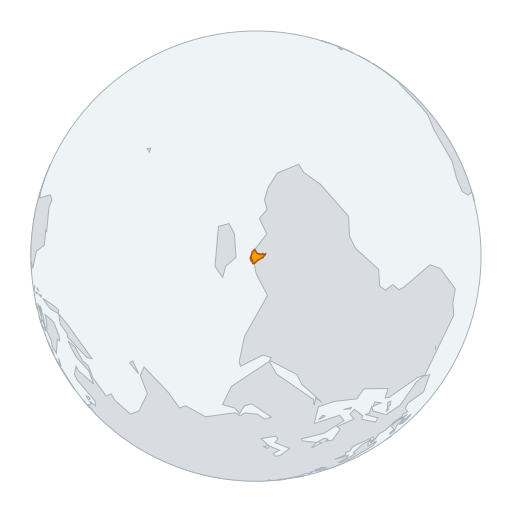 Nampula highlighted on a globe, orthographic projection, rotated 164°
{"feature_id": "MOZ-1200", "entity_name": "Nampula", "entity_type": "Province", "adm_level": 1, "iso_a3": "MOZ", "parent_name": "Mozambique", "parent_adm1": "", "projection": "orthographic", "projection_center": [39.254, -15.162], "detail": "fine", "context": "on_globe", "style": "filled", "palette": "amber", "viewbox_px": 512, "rotation_deg": 164, "n_neighbors": 0, "source": "natural_earth", "source_scale": "10m", "svg_char_len": 8730}
<svg xmlns="http://www.w3.org/2000/svg" viewBox="0 0 512 512"><g transform="rotate(164 256 256)"><circle cx="256" cy="256" r="225" fill="#eef3f6" stroke="#a8b0b8"/><path d="M30.9,247.4L30.8,248.6L30.7,254.8L30.9,247.4ZM30.7,255.1L30.9,254.7L30.9,258.5L35.0,255.9L39.9,261.0L41.7,274.3L41.4,293.1L50.1,327.9L51.9,344.6L58.5,358.7L70.4,381.4L70.7,383.8L76.9,391.5L82.2,398.8L84.1,401.6L89.8,408.0L90.9,409.3L79.9,396.5L69.8,382.8L60.8,368.5L52.9,353.5L46.1,337.9L40.6,321.9L36.2,305.5L33.1,288.9L31.3,272.0L30.7,255.1ZM92.2,410.7L94.1,412.6L102.4,420.8L92.2,410.7ZM105.9,424.0L110.9,428.3L120.7,436.1L124.7,438.9L125.5,439.6L128.4,441.6L131.3,443.6L131.0,443.4L118.1,434.1L105.9,424.0ZM131.9,444.0L132.1,444.1L125.9,439.8L129.9,441.9L134.6,445.4L132.5,444.4L131.9,444.0ZM119.1,433.6L115.8,430.2L117.0,430.8L119.5,433.2L119.1,433.6ZM294.2,34.0L294.7,34.1L302.9,35.9L304.0,36.8L305.8,37.2L305.9,36.6L295.9,34.3L295.5,34.2L299.6,35.0L299.9,35.0L299.6,35.0L315.6,38.7L331.2,43.7L346.5,49.7L361.3,56.8L375.5,65.0L389.0,74.2L401.9,84.4L414.0,95.4L425.3,107.3L435.6,120.0L445.0,133.5L453.5,147.5L458.1,159.2L454.9,159.3L456.0,162.6L451.7,156.2L450.6,160.5L462.0,186.0L463.2,192.2L459.3,199.7L458.4,194.8L447.4,177.7L448.5,192.0L457.0,209.1L460.1,226.2L454.9,218.0L451.5,203.0L447.5,196.5L446.3,183.6L438.6,162.7L433.2,163.4L431.4,156.0L420.1,138.5L411.1,139.4L398.3,153.7L400.2,172.9L394.2,180.1L378.0,149.3L371.4,131.0L365.1,131.4L348.7,115.3L319.2,111.1L315.4,106.7L309.8,108.2L298.3,103.5L292.7,96.8L285.6,96.9L300.7,115.0L308.4,115.1L315.4,108.9L318.1,115.5L329.2,122.4L315.4,137.5L272.2,151.1L268.8,136.9L240.0,101.9L241.3,98.2L241.2,97.8L240.9,97.1L237.5,103.1L232.8,97.0L247.3,120.0L249.4,130.8L271.6,151.9L269.3,154.2L276.7,158.9L301.3,154.3L301.2,159.2L289.2,181.9L255.8,215.0L260.7,238.7L259.2,259.7L239.5,274.3L242.4,291.2L232.4,297.7L232.5,307.6L225.2,318.7L212.5,329.9L189.6,332.4L187.2,323.3L174.3,307.1L156.0,268.4L160.7,249.4L158.3,236.0L141.8,209.4L145.4,193.1L141.2,187.4L132.5,190.8L127.8,184.2L122.6,185.2L91.1,199.6L82.3,193.2L73.5,169.6L79.7,156.6L82.2,144.6L126.3,95.2L134.2,94.6L167.2,83.4L171.0,83.9L165.5,92.2L188.9,98.6L198.4,90.9L221.3,94.7L237.6,93.8L246.2,79.0L219.6,79.9L216.6,73.5L239.3,66.9L262.8,67.7L262.4,65.4L248.9,60.1L255.6,56.3L244.3,58.3L247.9,60.4L240.9,62.0L237.2,60.2L239.8,58.7L233.1,58.0L222.7,66.4L225.2,69.5L206.8,72.4L209.2,78.2L203.7,81.5L197.6,73.2L199.3,69.9L186.8,63.4L183.4,66.9L194.9,73.6L190.7,73.5L186.2,79.5L186.3,74.8L174.6,67.6L158.9,72.7L136.5,90.7L127.9,94.4L121.7,94.1L132.4,79.2L150.5,72.7L154.5,68.4L153.0,64.6L158.6,63.3L160.2,61.3L167.3,59.3L179.3,53.0L186.8,51.2L193.5,45.9L198.3,44.5L192.9,47.8L193.2,49.6L212.1,46.8L216.3,45.5L219.2,42.6L224.0,42.6L224.4,40.2L236.2,38.7L222.1,38.9L225.1,36.6L233.3,34.7L231.8,34.2L218.4,37.6L215.3,39.0L216.7,40.0L206.2,45.4L199.2,47.1L200.7,42.5L191.0,44.8L196.4,41.2L229.3,32.8L242.0,31.5L258.7,32.6L254.6,33.4L246.6,33.2L252.1,34.9L252.6,34.0L256.6,34.4L260.5,33.1L263.5,33.4L262.0,32.1L266.2,32.4L267.0,33.2L276.3,32.6L285.5,33.6L286.1,33.4L284.2,33.0L297.1,35.1L297.0,34.9L292.7,34.1L289.7,33.4L289.6,33.2L294.2,34.0ZM109.5,116.5L107.9,120.1L109.5,116.5ZM286.8,77.4L301.4,79.1L296.2,70.4L301.4,70.6L297.7,67.8L295.8,69.8L287.0,62.8L293.8,61.3L292.7,58.2L287.8,57.6L276.7,61.7L289.2,71.4L285.3,74.4L286.8,77.4ZM162.1,54.6L163.8,54.7L160.0,57.1L150.5,61.3L155.9,57.5L162.1,54.6ZM167.0,54.5L171.1,49.8L177.1,47.6L173.1,49.5L176.7,48.5L171.0,51.4L172.8,54.7L169.6,57.2L153.9,62.4L160.8,59.0L158.7,58.8L167.0,54.5ZM181.6,43.4L180.5,43.8L174.7,45.9L181.6,43.4ZM176.4,80.3L179.6,80.1L184.8,79.1L182.0,83.1L176.4,80.3ZM168.1,75.4L171.1,74.4L169.8,78.9L166.5,79.4L168.1,75.4ZM174.0,70.3L171.4,74.0L170.8,72.3L174.0,70.3ZM195.8,47.0L199.2,46.2L199.1,46.8L196.7,48.1L195.8,47.0ZM241.1,81.5L235.7,84.4L233.5,83.1L235.8,82.3L241.1,81.5ZM206.9,83.0L214.2,84.3L206.1,84.1L206.9,83.0ZM329.7,385.3L331.1,389.2L327.6,388.9L329.7,385.3ZM298.3,257.3L283.9,294.8L273.0,294.6L270.6,283.2L275.6,260.4L288.0,254.4L294.0,244.6L298.3,257.3ZM474.6,281.7L475.5,285.1L475.2,286.0L474.6,281.7ZM473.8,275.7L475.2,278.7L473.2,277.5L473.8,275.7ZM475.7,279.9L477.0,280.6L477.7,280.2L477.3,282.1L475.7,279.9ZM472.7,274.0L464.4,264.5L460.5,258.2L462.0,255.2L468.3,261.9L472.7,274.0ZM461.6,254.9L454.9,239.1L442.0,202.5L446.7,205.2L459.5,230.3L458.8,233.0L462.9,244.5L461.6,254.9ZM475.7,248.7L474.9,257.9L470.8,251.8L468.7,247.9L467.3,234.0L468.1,228.6L470.0,230.7L474.6,217.5L476.8,225.2L476.1,231.6L477.7,242.1L475.7,248.7ZM401.3,175.0L406.9,188.2L403.3,189.2L401.3,175.0ZM474.4,206.5L473.9,212.2L473.7,203.4L474.4,206.5ZM472.9,197.5L474.0,202.0L472.4,196.5L472.9,197.5ZM457.9,168.3L456.0,167.3L454.9,164.3L456.7,163.8L457.9,168.3ZM457.8,155.9L461.6,164.1L462.6,166.6L459.9,160.5L457.8,155.9ZM275.9,31.6L275.0,31.6L279.3,32.3L270.7,31.4L271.9,31.3L275.9,31.6ZM428.7,400.6L430.0,399.1L439.6,386.4L438.3,387.9L443.0,381.5L439.5,386.0L445.0,377.5L448.0,371.4L436.9,371.5L436.6,366.2L441.4,360.3L450.5,337.2L451.1,338.6L456.6,324.6L465.8,321.1L473.9,305.9L473.6,312.5L476.7,301.2L472.9,316.7L468.1,331.9L462.2,346.7L455.3,361.0L447.4,374.8L438.5,388.1L428.7,400.6ZM476.6,288.8L478.5,284.5L478.7,285.8L476.6,288.8ZM480.8,265.6L480.6,267.9L480.6,264.7L480.8,265.6ZM480.8,271.4L480.8,267.5L481.0,265.6L480.8,270.8L480.8,271.4ZM478.5,245.8L478.8,252.8L480.1,252.3L479.1,255.3L479.3,267.5L478.7,270.6L478.7,257.5L477.6,268.0L477.0,266.3L477.3,255.9L478.2,245.8L478.8,242.5L480.7,246.5L478.5,245.8ZM481.2,258.2L481.1,250.3L481.1,246.4L481.2,251.1L481.2,258.2ZM479.7,230.9L478.1,220.6L477.7,221.3L477.5,215.2L479.3,226.0L479.7,230.9ZM476.7,211.9L476.5,212.4L476.1,208.4L476.7,211.9ZM475.8,209.3L474.6,203.8L475.4,206.2L475.8,209.3ZM477.1,213.2L475.4,204.8L476.7,210.8L477.1,213.2ZM471.5,191.6L475.0,203.6L472.2,195.3L467.3,178.7L468.1,180.3L471.5,191.6Z" fill="#d9dde1" stroke="#a8b0b8" stroke-width="1"/><path d="M260.9,249.5L261.0,249.7L261.1,249.8L260.9,250.0L261.0,250.3L261.1,250.9L261.2,251.0L261.3,251.2L261.3,251.3L261.3,251.5L261.1,251.8L261.2,252.0L260.9,252.1L261.0,252.2L261.0,252.3L261.1,252.5L261.2,252.4L261.3,252.2L261.5,252.2L261.6,252.3L261.6,252.5L261.6,252.8L261.4,252.9L261.3,253.2L261.2,253.2L261.2,253.3L261.3,253.3L261.2,253.4L261.3,253.4L261.2,253.6L261.3,253.6L261.5,253.2L261.8,253.0L262.0,253.2L262.0,253.3L261.8,253.5L261.7,253.5L261.8,253.6L262.0,253.5L261.9,253.9L262.0,254.0L262.0,254.5L261.8,254.7L261.6,254.9L261.5,255.0L261.4,255.0L261.3,254.8L261.3,255.0L261.6,255.1L261.8,255.3L261.7,255.3L261.4,255.3L261.4,255.5L261.5,255.7L261.4,255.7L261.2,255.8L260.9,255.8L260.8,256.0L261.0,256.1L261.3,256.1L261.4,256.3L261.4,256.5L261.2,256.7L261.2,256.8L261.1,257.0L261.0,257.3L260.8,257.5L260.7,257.4L260.7,257.5L260.4,257.8L260.2,258.2L259.4,259.0L259.2,259.2L259.1,259.3L259.3,259.2L259.3,259.3L259.2,259.6L258.9,260.0L258.7,260.2L258.4,260.2L258.3,260.3L258.1,260.4L258.0,260.5L258.1,260.8L258.3,261.0L258.1,261.1L257.9,261.0L257.8,261.3L257.7,261.3L257.4,261.5L257.2,261.7L257.1,261.8L256.4,262.1L255.8,262.5L255.7,262.7L255.4,262.4L255.3,262.2L255.2,261.9L255.0,261.7L255.1,261.4L255.2,261.1L255.1,260.9L255.0,260.7L254.9,260.5L254.8,260.4L254.7,260.1L254.7,259.9L254.8,259.8L254.8,259.7L254.7,259.5L254.6,259.4L254.5,259.2L254.4,259.0L254.4,258.9L254.3,258.6L254.2,258.5L254.2,258.4L254.0,258.2L253.9,258.2L253.6,258.0L253.4,257.9L253.3,257.7L253.2,257.6L252.9,257.5L252.9,257.4L252.7,257.3L252.7,257.2L252.3,257.2L252.1,257.2L251.9,257.0L251.9,256.9L251.8,256.7L251.7,256.7L251.3,256.5L251.2,256.5L251.1,256.3L250.9,256.3L250.7,256.1L250.4,256.2L250.2,256.3L249.9,256.3L249.8,256.2L249.6,256.1L249.5,255.9L249.4,255.9L249.3,256.0L249.2,256.1L248.9,256.3L248.9,256.2L248.7,256.1L248.6,255.8L248.5,255.7L248.4,255.6L248.3,255.4L246.4,255.4L246.6,255.2L246.8,254.9L246.9,254.7L247.0,254.5L247.2,254.4L247.3,254.4L247.4,254.2L247.6,254.2L247.8,254.0L248.1,253.8L248.3,253.9L248.7,253.6L248.9,253.5L249.0,253.4L249.1,253.2L249.3,253.0L249.6,253.0L249.8,252.9L249.8,252.7L250.0,252.5L250.3,252.5L250.4,252.4L250.5,252.4L250.8,252.5L251.0,252.6L251.9,252.3L252.1,252.2L252.6,252.0L252.8,251.9L253.1,251.9L253.2,252.0L253.3,252.0L253.8,252.0L254.0,251.9L254.4,251.9L254.6,251.7L254.8,251.6L255.1,251.5L255.2,251.4L255.3,251.3L255.3,251.2L255.6,251.2L255.8,251.2L256.0,251.1L256.3,251.0L256.4,250.9L256.6,250.9L256.8,250.8L256.8,250.7L257.0,250.5L257.2,250.4L257.3,250.4L257.5,250.4L257.9,250.2L258.1,250.1L258.3,250.2L258.6,249.8L258.7,249.7L258.8,249.7L259.0,249.5L259.2,249.4L259.3,249.3L259.5,249.3L259.8,249.4L260.1,249.3L260.3,249.3L260.5,249.3L260.6,249.5L260.8,249.6L260.9,249.5ZM258.5,260.4L258.6,260.5L258.5,260.8L258.4,260.9L258.2,260.8L258.1,260.7L258.3,260.4L258.5,260.4Z" fill="#f59e0b" stroke="#b45309" stroke-width="1.5"/></g></svg>